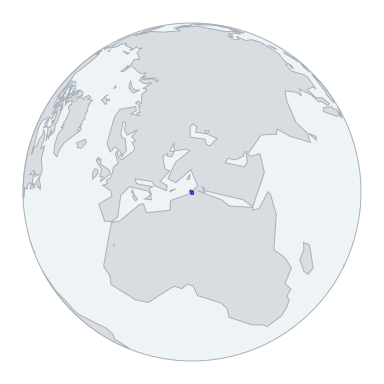 Al Buhayrah highlighted on a globe, orthographic projection, rotated 320°
{"feature_id": "EGY-1541", "entity_name": "Al Buhayrah", "entity_type": "Governorate", "adm_level": 1, "iso_a3": "EGY", "parent_name": "Egypt", "parent_adm1": "", "projection": "orthographic", "projection_center": [30.434, 30.698], "detail": "fine", "context": "on_globe", "style": "filled", "palette": "violet", "viewbox_px": 384, "rotation_deg": 320, "n_neighbors": 0, "source": "natural_earth", "source_scale": "10m", "svg_char_len": 10534}
<svg xmlns="http://www.w3.org/2000/svg" viewBox="0 0 384 384"><g transform="rotate(320 192 192)"><circle cx="192" cy="192" r="169" fill="#eef3f6" stroke="#a8b0b8"/><path d="M170.7,24.4L188.5,23.1L194.7,23.1L195.1,23.1L193.5,23.1L198.7,23.2L210.9,24.1L214.6,24.7L214.0,24.8L206.5,24.3L206.0,24.5L211.3,25.1L214.1,25.9L206.4,25.0L210.4,26.6L198.6,27.0L178.3,26.2L171.4,28.2L149.6,32.7L151.3,33.1L144.2,35.7L143.4,37.3L139.6,38.1L142.4,38.8L146.0,37.8L148.4,37.8L148.3,38.8L143.4,39.8L142.8,39.5L141.3,40.4L138.9,40.6L140.0,41.0L134.1,42.5L139.7,42.6L134.9,45.1L131.0,45.7L131.7,43.6L124.4,41.2L120.7,41.9L114.8,44.7L102.9,53.7L98.7,55.8L92.8,60.0L94.9,59.5L100.3,56.2L102.9,56.9L109.2,53.2L111.2,53.1L117.6,50.6L116.2,53.4L111.5,57.6L106.1,60.0L103.9,62.1L108.7,62.0L98.4,69.2L91.2,79.0L88.6,80.9L83.9,79.9L84.7,73.8L78.7,74.2L82.2,76.6L75.6,82.0L74.3,84.2L74.5,85.6L76.8,84.8L74.5,87.4L70.2,85.6L72.2,83.2L73.6,83.6L73.9,81.0L70.9,80.6L67.8,83.8L66.7,81.3L64.4,83.7L62.9,84.8L66.6,81.0L60.0,88.0L58.2,88.8L65.9,79.5L74.3,70.8L83.3,62.7L92.8,55.2L102.8,48.5L113.3,42.5L124.2,37.2L135.5,32.8L147.0,29.1L158.8,26.3L170.7,24.4ZM27.0,155.8L26.1,161.6L25.8,162.7L24.1,180.5L25.2,193.7L25.5,202.0L25.1,204.7L26.1,209.0L26.2,211.6L33.0,228.2L38.7,241.2L40.1,250.0L38.2,254.8L43.5,271.8L42.4,270.6L37.3,259.9L32.9,249.0L29.3,237.7L26.5,226.2L24.6,214.5L23.4,202.8L23.0,191.0L23.5,179.1L24.8,167.4L27.0,155.8ZM215.2,24.7L216.4,24.9L217.8,25.1L215.2,24.7ZM117.9,49.3L117.7,50.0L116.6,50.1L117.9,49.3ZM120.8,47.7L119.6,47.5L120.9,46.7L121.5,46.9L120.8,47.7ZM218.2,25.7L220.2,26.4L216.9,25.6L218.2,25.7ZM122.0,48.3L123.2,45.4L125.3,44.1L129.8,43.8L122.0,48.3ZM220.4,26.7L225.3,28.6L228.2,28.9L222.7,29.7L220.4,27.5L215.9,26.4L219.4,26.8L220.4,26.7ZM147.2,37.1L143.3,38.2L146.6,36.4L147.2,37.1ZM148.7,36.0L155.4,31.3L161.1,30.5L157.7,32.1L165.1,30.6L164.6,32.4L160.4,33.6L156.8,33.7L159.4,34.4L148.7,36.0ZM218.9,30.1L219.0,30.6L217.5,30.0L218.9,30.1ZM149.6,37.7L150.5,36.7L155.5,35.9L154.7,37.7L153.3,37.4L149.6,37.7ZM167.4,29.5L170.9,29.3L171.5,30.7L172.9,30.9L165.1,32.4L167.4,29.5ZM152.1,38.1L154.1,38.7L151.7,40.1L149.1,38.7L152.1,38.1ZM157.1,34.9L159.4,34.7L157.9,35.4L157.1,34.9ZM144.2,45.9L145.1,44.4L147.8,43.8L144.2,45.9ZM155.0,38.9L155.9,38.5L157.0,38.1L157.8,38.9L155.0,38.9ZM166.0,33.4L165.5,34.1L169.3,32.8L169.8,34.1L164.5,34.9L167.0,35.1L167.2,35.5L162.6,35.8L166.0,33.4ZM162.1,38.8L155.5,40.7L153.2,43.4L150.8,43.9L154.9,39.5L162.1,38.8ZM162.8,36.9L161.8,38.1L159.3,38.1L158.4,37.2L162.8,36.9ZM172.1,34.7L172.6,32.6L173.8,32.5L172.1,34.7ZM161.9,39.5L163.5,39.1L162.1,39.7L161.9,39.5ZM169.5,36.1L169.6,35.3L170.9,35.2L169.5,36.1ZM166.7,39.0L164.6,39.5L163.9,38.9L166.7,39.0ZM168.4,37.6L170.2,37.7L164.9,38.3L168.2,37.3L168.4,37.6ZM170.8,36.1L171.6,35.8L170.6,36.5L170.8,36.1ZM170.4,41.3L164.0,42.2L162.5,40.6L169.0,40.0L170.4,41.3ZM79.4,238.1L70.5,210.8L75.4,203.2L76.6,192.0L110.7,163.5L117.6,167.7L144.0,167.9L147.3,169.9L143.8,178.5L163.3,191.8L170.1,184.8L188.2,191.5L200.4,191.1L205.5,174.1L185.4,174.4L182.3,166.1L198.7,158.7L216.4,159.0L215.8,155.9L204.9,149.2L209.3,143.2L201.2,146.4L204.3,149.6L199.3,152.0L196.2,149.3L197.9,147.1L192.6,145.8L186.0,157.1L188.4,161.6L174.5,163.3L177.1,171.1L173.2,174.5L167.3,162.7L168.2,158.5L156.9,145.4L154.8,149.9L165.3,162.8L161.8,161.6L159.0,168.5L158.5,162.3L147.6,147.8L135.3,148.7L119.0,163.5L112.0,163.3L106.3,158.2L112.9,141.3L127.9,143.7L130.5,138.5L128.0,129.5L132.8,131.3L133.6,128.1L139.3,128.8L148.0,122.5L153.9,122.6L157.8,113.5L161.4,112.5L158.0,118.0L158.9,122.2L173.6,123.1L176.6,121.3L178.0,115.5L181.9,116.8L181.3,111.1L190.1,109.2L178.9,106.9L180.2,100.8L185.8,96.4L184.2,94.1L175.1,101.4L173.3,104.8L175.0,108.2L168.3,118.0L163.1,119.2L162.5,108.0L155.1,108.8L157.9,100.4L180.6,84.8L189.8,82.3L203.9,90.3L201.5,94.0L195.2,92.8L200.5,99.4L200.3,96.2L203.6,97.5L205.6,92.5L208.0,93.2L205.9,87.5L209.1,87.8L210.4,91.5L216.1,85.1L222.8,84.8L222.9,83.1L221.2,81.3L230.9,82.5L230.6,81.2L227.3,80.3L224.5,77.2L223.4,72.4L226.8,73.1L227.6,74.9L234.6,80.0L236.4,85.2L237.7,85.0L236.9,80.8L228.4,74.4L226.8,71.4L231.2,73.9L229.5,72.7L229.7,71.5L233.2,71.0L228.5,68.2L226.6,55.1L233.1,53.4L237.2,56.7L239.5,49.9L246.6,49.5L243.6,48.4L242.6,45.1L240.3,45.1L238.8,44.5L235.3,37.1L237.1,36.3L232.2,32.9L230.6,32.6L229.0,32.9L222.7,29.7L228.2,28.9L231.5,29.7L232.7,29.1L240.0,31.3L246.6,33.2L253.9,36.8L258.5,38.3L258.4,37.9L264.6,40.2L277.6,46.9L267.4,43.0L248.0,35.4L255.9,38.4L254.2,38.4L257.1,40.0L262.7,42.3L263.3,42.2L272.7,51.0L286.4,60.8L285.2,57.4L288.6,58.3L303.1,68.8L320.9,90.9L325.6,94.2L328.7,97.9L330.7,102.4L326.3,97.1L324.6,97.3L321.8,93.8L323.5,100.0L319.6,95.4L322.8,103.0L326.1,105.5L326.1,101.3L330.5,110.4L335.7,113.8L340.8,121.6L347.3,142.0L347.1,152.5L348.0,155.5L345.6,154.8L345.9,163.3L353.3,174.4L354.3,179.1L353.2,192.7L352.5,189.5L346.1,187.5L347.5,199.5L352.4,203.8L354.2,212.8L351.5,213.1L349.4,205.4L347.1,204.4L345.9,194.4L340.5,182.3L337.6,188.5L336.1,182.6L328.2,174.4L323.2,183.0L316.3,205.6L318.2,221.1L314.6,230.0L303.0,212.5L297.7,198.6L293.6,201.9L281.6,192.7L261.0,198.2L258.0,194.7L254.2,197.6L245.7,195.2L241.2,189.3L236.1,190.7L248.2,206.2L253.7,204.8L258.2,196.9L260.5,202.8L268.7,206.4L259.8,223.7L229.2,242.2L226.2,230.8L202.9,199.6L203.6,195.7L203.5,195.3L203.2,194.5L201.1,200.8L197.1,194.5L209.5,217.0L211.6,226.8L228.8,243.0L227.2,245.0L232.7,247.9L250.4,240.7L250.5,244.5L242.1,263.4L217.7,288.8L220.9,302.6L219.2,314.0L204.1,322.1L205.5,329.8L197.7,332.7L197.3,336.8L191.0,341.0L180.6,344.4L162.8,343.3L161.6,340.0L152.5,332.3L139.9,311.9L144.2,303.1L142.6,295.1L129.7,275.0L132.5,264.8L129.1,259.6L122.0,259.5L118.1,253.1L113.8,252.0L87.3,248.4L79.4,238.1ZM98.6,180.5L97.6,183.8L98.6,180.5ZM235.1,168.1L245.6,167.2L240.9,157.2L244.5,156.2L241.5,153.3L240.5,156.5L233.2,148.6L237.7,144.9L236.4,140.5L232.8,140.6L225.7,148.9L236.0,160.0L233.6,164.7L235.1,168.1ZM26.1,161.8L25.7,164.5L25.8,163.0L26.1,161.8ZM33.2,135.1L32.4,138.0L32.7,136.4L33.2,135.1ZM36.3,126.3L33.7,133.2L34.2,131.7L36.3,126.3ZM75.8,82.1L76.1,82.3L75.7,84.2L74.8,84.1L75.8,82.1ZM80.6,88.9L76.8,93.0L78.9,89.8L76.8,90.2L78.7,84.4L87.3,81.5L83.1,83.7L80.6,88.9ZM83.6,76.3L81.5,80.0L83.5,76.1L83.6,76.3ZM132.5,111.7L134.3,114.1L131.8,117.3L124.3,118.4L127.8,113.5L132.5,111.7ZM137.3,116.8L138.8,106.1L143.5,105.4L140.6,107.5L143.6,108.2L139.7,111.8L142.8,122.2L140.8,125.8L128.1,125.0L133.3,123.1L131.3,120.7L137.3,116.8ZM134.3,83.8L135.0,80.2L144.3,83.2L142.6,86.3L135.0,87.2L132.6,84.1L134.3,83.8ZM129.6,48.9L129.3,48.1L130.6,47.7L132.0,48.1L129.6,48.9ZM144.4,45.2L132.5,52.2L131.5,51.6L125.7,57.1L120.8,57.6L124.7,53.9L116.6,58.7L118.2,55.6L113.0,59.1L122.3,51.0L123.4,48.7L124.0,50.9L128.4,50.4L130.7,49.6L137.9,45.6L142.5,41.1L147.6,40.2L150.1,40.9L149.7,41.8L146.5,42.0L148.4,43.2L143.5,44.2L144.4,45.2ZM175.3,54.7L171.7,53.5L174.7,58.0L169.8,58.2L170.4,58.7L166.7,60.3L163.3,63.2L161.2,62.9L160.8,64.2L158.3,65.4L157.1,67.2L152.7,67.4L150.9,69.7L149.9,68.5L147.8,72.4L147.4,69.6L144.2,71.3L146.3,73.1L126.0,72.0L117.7,74.3L111.1,78.0L111.3,73.3L117.7,67.1L126.8,61.3L134.7,60.0L133.3,58.4L136.7,57.4L136.4,59.1L138.9,55.9L141.6,55.6L149.8,51.7L151.8,47.8L154.8,46.5L155.4,47.9L158.0,45.6L161.1,47.5L163.3,46.7L168.6,48.0L168.3,51.5L170.9,50.4L175.0,51.6L175.3,54.7ZM171.8,41.7L172.6,45.4L170.3,47.5L162.1,44.5L159.7,44.9L154.3,43.5L157.7,40.7L159.0,41.3L160.9,41.3L159.1,42.2L162.0,41.4L163.8,42.3L166.6,42.1L166.1,43.3L171.8,41.7ZM151.2,166.9L153.8,167.6L157.8,167.6L156.1,172.1L151.2,166.9ZM143.6,157.1L146.0,156.8L145.6,162.7L142.9,162.2L143.6,157.1ZM147.6,151.8L146.1,156.3L145.4,153.5L147.6,151.8ZM160.2,117.6L162.8,117.1L162.9,118.5L161.3,120.5L160.2,117.6ZM183.1,69.7L181.4,68.3L182.2,67.7L181.6,63.6L185.2,63.4L187.0,65.7L183.1,69.7ZM201.9,177.2L198.2,180.5L196.4,179.0L198.0,178.1L201.9,177.2ZM175.9,176.8L181.7,179.1L175.4,178.0L175.9,176.8ZM186.9,68.8L186.3,67.1L188.5,68.0L186.9,68.8ZM187.8,63.1L190.5,63.8L185.6,62.9L187.8,63.1ZM261.5,345.6L262.0,345.6L259.6,346.6L261.5,345.6ZM247.9,308.3L235.9,328.2L228.0,329.4L226.7,324.5L231.3,312.9L240.5,308.3L245.1,302.2L247.9,308.3ZM358.5,220.5L355.7,229.6L354.0,231.6L354.8,228.2L357.5,222.8L358.6,220.3L358.5,220.5ZM354.6,228.5L351.5,227.2L344.3,214.6L346.9,212.2L353.9,216.4L353.6,219.0L355.5,221.1L354.6,228.5ZM360.5,201.6L360.1,208.6L358.9,213.3L358.1,214.7L357.6,208.1L357.9,203.0L358.7,201.2L359.4,179.4L360.2,180.2L360.4,188.5L360.9,191.9L360.5,201.6ZM319.0,222.2L322.8,229.3L320.6,232.1L319.0,222.2ZM358.1,166.5L358.9,175.7L357.6,164.7L358.1,166.5ZM356.3,157.2L357.1,160.1L356.3,158.3L356.3,157.2ZM349.6,159.8L348.8,162.6L348.0,160.5L348.4,155.7L349.6,159.8ZM344.7,128.5L347.8,134.7L348.7,137.2L346.9,134.4L344.7,128.5ZM216.6,67.1L213.5,72.7L213.6,77.2L217.4,80.2L210.7,78.7L210.5,71.7L216.6,67.1ZM225.0,56.4L221.6,54.2L223.9,53.9L225.0,54.4L225.0,56.4ZM222.4,56.0L216.7,55.8L215.4,53.8L220.1,54.3L222.4,56.0ZM201.8,61.6L200.6,63.2L198.9,62.3L201.8,61.6ZM360.7,201.6L360.9,192.5L360.9,188.0L360.9,187.5L361.0,190.8L361.0,191.8L361.0,192.5L360.7,201.6ZM359.4,168.9L359.1,167.5L359.6,171.6L357.9,160.0L358.2,161.5L359.4,168.9ZM357.9,160.8L358.4,164.6L357.4,158.3L357.9,160.8ZM358.1,163.3L357.3,159.9L357.3,158.9L358.1,163.3ZM357.8,160.0L356.4,153.4L357.1,156.3L357.8,160.0ZM355.1,152.5L356.6,155.1L356.0,156.9L352.2,145.5L352.2,143.4L355.1,152.5ZM330.8,97.7L328.7,95.2L327.6,92.9L329.3,95.3L330.8,97.7ZM322.0,84.5L326.6,91.6L329.9,97.9L330.6,98.1L334.5,104.0L331.5,101.0L326.6,92.9L324.7,89.1L321.0,84.7L317.5,80.1L313.0,75.7L310.4,72.8L313.9,75.8L322.0,84.5ZM311.1,74.0L302.1,66.1L301.5,64.4L303.4,65.8L307.8,70.0L307.8,70.6L311.1,74.0ZM299.7,63.8L299.6,64.5L286.1,56.8L283.1,54.9L293.1,59.2L293.6,60.1L297.0,62.5L299.7,63.8ZM220.8,30.8L219.1,30.6L220.1,30.4L220.8,30.8ZM237.6,44.6L235.7,43.6L236.9,43.1L237.6,44.6ZM231.0,40.8L231.0,42.0L229.6,40.4L231.0,40.8ZM231.2,44.9L230.3,42.3L233.2,45.2L231.2,44.9Z" fill="#d9dde1" stroke="#a8b0b8" stroke-width="1"/><path d="M191.2,190.3L191.3,190.3L191.3,190.5L191.4,190.4L191.4,190.5L191.5,190.5L191.5,190.4L191.4,190.3L191.5,190.3L191.5,190.2L191.8,189.9L191.8,189.7L191.8,189.8L192.0,189.8L192.0,190.0L192.2,190.3L192.2,190.5L192.3,190.5L192.6,190.8L192.7,191.0L192.8,191.1L192.9,191.3L192.9,191.5L193.0,191.6L192.9,191.7L192.8,191.8L192.9,192.0L193.0,192.3L193.1,192.5L193.1,192.8L193.1,193.0L191.8,194.1L191.7,194.4L190.1,193.3L189.9,193.1L190.1,192.7L190.6,192.4L190.8,192.2L190.9,191.9L190.7,191.7L190.6,191.4L190.6,191.2L190.6,190.9L190.9,190.7L191.0,190.6L191.1,190.3L191.2,190.3Z" fill="#8b5cf6" stroke="#5b21b6" stroke-width="1.5"/></g></svg>